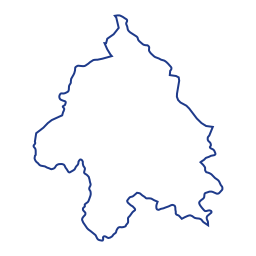 an SVG outline of Grad Beograd
{"feature_id": "SRB-836", "entity_name": "Grad Beograd", "entity_type": "City", "adm_level": 1, "iso_a3": "SRB", "parent_name": "Republic of Serbia", "parent_adm1": "", "projection": "robinson", "projection_center": [20.4, 44.661], "detail": "fine", "context": "isolated", "style": "outline", "palette": "blue", "viewbox_px": 256, "rotation_deg": 0, "n_neighbors": 0, "source": "natural_earth", "source_scale": "10m", "svg_char_len": 5802}
<svg xmlns="http://www.w3.org/2000/svg" viewBox="0 0 256 256"><path d="M36.2,133.2L43.4,127.7L47.8,123.1L51.7,120.1L62.2,115.3L63.1,112.1L63.6,111.2L64.2,109.3L64.2,108.8L64.0,108.3L62.9,107.0L62.8,106.7L62.9,106.3L63.2,106.1L64.5,105.3L64.8,105.1L65.1,104.6L65.7,102.8L65.7,102.3L65.6,101.8L65.2,101.4L64.9,101.2L63.2,100.7L61.7,100.1L60.8,99.7L60.1,99.1L59.6,98.2L59.4,97.5L59.3,96.7L59.4,95.9L59.6,95.2L60.3,94.0L60.7,93.6L61.5,93.4L63.7,93.5L65.2,93.1L66.6,92.4L67.4,92.0L68.2,91.4L68.4,91.0L68.8,89.9L69.0,86.3L69.2,85.6L69.5,85.0L70.6,83.3L70.8,82.7L70.9,80.7L71.2,78.8L73.6,74.6L74.3,73.1L75.0,70.5L75.2,67.9L75.3,67.5L75.7,67.0L77.2,66.0L78.1,65.7L82.2,66.1L83.9,66.1L84.6,66.0L85.6,65.5L88.4,63.6L90.0,62.2L93.3,60.1L94.9,59.8L97.6,59.7L102.4,58.7L111.8,56.1L110.5,54.6L107.2,49.2L104.5,43.1L106.1,43.1L107.3,38.7L113.6,34.3L118.7,27.9L116.3,17.7L114.9,15.8L117.6,15.4L119.3,15.4L120.1,15.6L121.0,16.0L122.8,16.9L124.7,18.2L126.6,19.4L126.9,19.8L127.1,20.3L127.1,20.9L127.0,21.4L126.2,23.1L126.2,23.8L126.3,24.3L127.2,26.5L127.8,29.5L128.2,30.3L128.8,31.1L130.2,32.4L136.6,36.5L137.1,37.0L137.5,37.5L138.2,39.8L138.6,40.4L139.2,41.1L140.4,42.2L142.4,43.9L143.5,44.7L144.2,44.9L145.4,45.2L147.4,45.3L148.1,45.7L148.5,46.1L149.1,47.0L149.2,47.6L149.0,49.7L149.0,50.3L149.2,50.9L149.4,51.4L150.5,52.9L151.0,53.5L154.0,56.3L155.2,57.1L158.9,58.5L161.1,59.7L164.0,60.5L165.1,61.1L166.3,62.0L168.0,63.6L170.9,66.9L171.3,67.5L171.4,68.1L171.4,68.7L171.3,69.2L171.0,69.8L170.2,70.8L169.8,75.1L176.0,76.0L178.7,77.4L179.2,80.7L177.0,93.7L176.9,96.8L178.1,100.0L180.5,102.5L186.4,105.7L189.2,108.5L196.8,118.5L201.5,123.1L206.1,126.0L212.8,126.9L209.3,135.5L208.1,136.9L207.8,137.5L207.7,138.6L207.7,139.3L207.8,139.9L208.1,140.5L208.4,141.0L210.0,142.5L210.5,143.3L210.8,144.3L210.9,145.1L210.8,145.6L209.9,147.0L210.0,147.6L210.9,148.4L213.0,149.4L213.8,150.1L214.4,151.0L215.2,152.9L215.4,153.6L215.4,154.1L215.1,154.6L214.6,155.0L214.1,155.2L211.0,155.8L208.8,156.9L206.4,157.7L205.8,158.0L203.9,159.9L201.4,161.5L200.5,162.2L203.3,165.0L204.7,166.9L205.0,167.5L205.1,167.9L205.1,169.9L205.2,170.5L205.9,171.7L206.3,172.2L207.9,172.6L209.5,173.2L211.4,174.3L215.0,178.0L217.6,179.8L218.6,180.7L219.4,182.0L220.7,184.9L222.1,186.7L222.4,187.8L222.4,189.0L222.3,189.5L221.9,190.1L219.3,192.9L218.8,193.3L217.8,193.7L217.2,193.7L216.6,193.6L212.7,191.9L211.4,191.6L209.7,191.6L208.9,191.8L207.5,192.3L205.4,193.0L205.1,193.2L204.8,193.6L204.5,194.1L204.2,197.0L203.9,197.7L203.6,198.2L203.1,198.7L201.2,200.1L200.2,201.0L199.7,201.6L199.3,202.2L199.2,202.7L199.3,203.6L199.8,204.8L200.5,205.9L201.7,207.5L203.9,210.1L204.5,210.6L205.0,211.0L205.9,211.1L206.5,211.0L208.3,210.5L209.6,210.4L210.5,210.7L211.1,211.0L211.4,211.5L211.5,212.0L211.3,212.7L207.8,215.6L207.1,216.3L206.7,217.4L206.7,218.1L206.8,218.9L207.0,219.6L207.8,221.3L208.0,222.5L208.1,225.3L205.0,223.2L203.4,222.1L202.7,221.4L201.8,220.1L200.9,219.3L200.3,219.0L199.3,218.6L196.5,218.3L194.8,217.9L194.1,217.5L192.2,216.1L190.5,215.4L189.3,215.4L187.7,215.9L184.8,217.2L181.8,218.8L179.9,216.7L178.8,215.6L178.4,215.4L176.9,214.8L176.4,214.5L176.0,214.0L175.7,213.2L175.8,211.9L175.4,209.7L175.3,207.5L175.1,206.7L174.9,206.2L174.6,205.7L173.4,205.1L172.4,204.9L171.8,205.0L171.1,205.2L168.6,206.4L165.2,207.6L163.5,208.3L160.8,208.9L158.8,209.8L158.2,209.8L157.4,209.5L157.0,209.3L156.5,208.5L156.4,207.8L156.3,207.0L156.4,205.4L156.6,204.6L157.6,201.7L154.1,200.2L151.5,198.7L150.8,198.5L149.0,198.3L146.8,198.4L146.0,198.2L144.6,196.9L142.3,195.4L140.1,193.5L139.0,193.1L137.0,192.8L133.2,196.1L132.2,196.6L130.9,196.9L130.0,197.2L129.5,197.6L128.6,198.7L127.7,199.9L127.2,200.7L127.2,201.0L127.3,201.6L127.9,202.7L130.7,205.2L132.7,206.4L134.7,208.5L135.0,209.1L135.1,209.6L135.0,210.1L134.7,210.4L132.9,211.8L132.2,212.6L129.9,215.8L128.3,217.5L128.0,218.3L128.1,221.3L128.1,222.0L128.0,222.5L127.4,223.5L126.3,224.7L125.7,225.9L125.6,226.2L124.6,226.7L123.2,227.1L121.7,227.3L120.0,227.1L119.4,227.2L118.5,227.5L117.8,228.2L117.0,229.4L116.4,230.7L116.1,232.0L115.7,232.8L113.5,234.5L112.2,236.3L111.6,236.7L110.3,237.5L109.3,237.8L108.4,238.0L107.5,237.7L105.9,236.7L105.1,236.4L104.3,236.3L103.9,236.4L103.4,236.8L103.1,237.2L103.0,237.7L103.2,239.0L103.1,239.6L102.9,240.1L102.6,240.5L101.9,240.6L99.8,240.2L98.8,239.9L98.1,239.5L97.6,239.0L97.1,238.3L95.9,235.8L95.4,235.0L90.6,231.1L88.4,229.5L87.1,228.2L83.2,222.5L82.1,219.9L82.1,219.3L82.3,218.4L82.7,217.7L83.5,216.6L85.0,215.0L85.3,214.4L85.4,213.8L85.4,213.3L85.3,212.7L85.0,212.3L83.5,210.7L83.2,210.3L83.0,209.9L82.9,209.3L83.0,208.4L83.2,208.0L83.6,207.6L84.7,206.6L84.9,206.2L84.7,204.9L84.8,204.5L85.0,204.2L85.7,203.6L87.8,202.1L88.5,201.0L89.0,199.7L89.6,198.0L90.4,195.8L90.7,194.4L90.7,193.0L90.5,191.6L90.3,191.0L89.5,189.8L89.3,189.3L89.2,188.7L89.4,187.6L90.4,185.6L90.6,184.6L90.6,184.1L90.0,182.1L89.5,179.5L88.7,176.8L87.3,175.3L86.6,174.7L84.7,173.5L84.2,172.8L84.1,172.2L84.9,169.2L84.9,168.8L84.9,168.3L84.6,167.7L83.3,165.8L82.8,163.6L82.8,162.3L82.8,161.7L82.2,160.5L81.6,159.9L81.1,159.6L80.4,159.5L79.9,159.7L79.0,160.8L78.5,161.7L78.3,163.5L78.0,164.3L77.5,165.1L76.5,166.1L75.9,166.9L75.5,167.6L75.0,168.7L74.5,169.5L72.9,170.6L69.9,172.3L69.4,172.4L68.8,172.2L68.4,171.9L68.0,171.3L66.7,169.2L65.5,167.6L64.6,165.6L64.2,165.1L63.7,164.6L62.3,164.1L61.2,164.0L59.5,164.1L58.6,164.2L57.8,164.5L57.0,164.9L56.3,165.5L55.9,166.0L54.9,167.6L54.1,168.3L53.3,168.7L51.5,169.2L50.6,169.0L49.4,168.4L47.1,167.6L44.9,166.4L41.0,165.7L39.7,165.1L38.9,164.3L37.9,163.1L36.7,162.2L35.9,161.3L35.3,160.4L34.9,159.4L34.6,158.6L34.6,157.9L35.0,155.7L35.7,154.9L35.7,150.8L35.5,149.4L35.3,148.8L35.1,148.4L34.0,147.1L33.7,146.6L33.6,146.0L33.7,145.4L35.1,143.6L35.2,143.2L35.2,142.8L34.9,141.6L36.2,133.2Z" fill="none" stroke="#1e3a8a" stroke-width="2"/></svg>